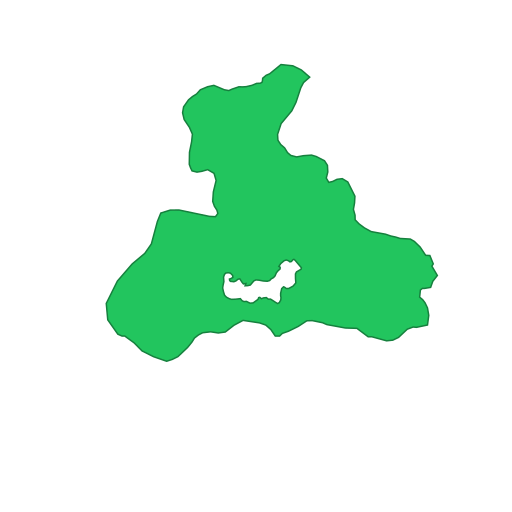 the Governorate of Sana'a, rotated 230°
{"feature_id": "YEM-3496", "entity_name": "Sana'a", "entity_type": "Governorate", "adm_level": 1, "iso_a3": "YEM", "parent_name": "Yemen", "parent_adm1": "", "projection": "natural_earth1", "projection_center": [44.362, 15.407], "detail": "fine", "context": "isolated", "style": "filled", "palette": "green", "viewbox_px": 512, "rotation_deg": 230, "n_neighbors": 0, "source": "natural_earth", "source_scale": "10m", "svg_char_len": 3107}
<svg xmlns="http://www.w3.org/2000/svg" viewBox="0 0 512 512"><g transform="rotate(230 256 256)"><path d="M284.9,99.9L302.4,101.4L315.9,110.8L325.9,133.7L329.5,156.0L329.5,172.5L332.5,183.6L345.8,202.6L350.1,210.7L346.3,219.8L340.7,226.6L316.4,245.7L312.2,250.2L313.1,254.1L316.2,255.5L320.8,256.1L325.6,257.9L332.5,264.5L339.5,274.0L346.3,277.0L353.2,274.5L355.7,268.9L358.2,264.7L362.3,261.7L365.5,262.5L369.1,263.8L378.2,271.7L384.9,280.1L390.2,285.6L397.4,287.7L406.7,288.7L412.9,291.8L416.8,296.4L419.0,304.7L419.0,309.8L418.3,314.6L419.1,320.2L416.8,327.7L413.8,333.4L403.7,338.6L400.2,341.5L399.2,345.0L396.6,351.7L394.1,354.5L392.0,357.4L389.3,362.7L387.8,367.5L385.6,370.3L385.2,372.3L386.2,373.7L387.9,375.4L387.9,380.0L386.8,383.6L386.6,398.2L378.0,406.5L369.4,410.3L358.5,412.1L358.3,403.9L356.1,398.5L348.0,385.4L344.2,376.7L341.3,360.4L335.3,350.7L330.6,347.2L325.5,346.6L320.4,347.4L315.0,346.6L310.7,347.3L305.8,350.8L302.3,356.9L297.6,363.4L293.5,366.1L284.9,369.7L279.5,369.0L274.2,365.0L270.5,359.9L265.6,359.1L263.8,362.7L262.7,367.3L259.8,371.8L253.7,373.9L238.2,370.2L233.3,365.6L229.1,360.6L223.6,358.1L220.0,355.2L214.3,355.6L207.9,357.1L200.7,359.9L189.5,369.2L184.7,372.1L180.7,375.2L176.8,377.7L169.8,385.1L165.3,386.7L157.4,387.5L147.5,386.4L144.6,389.5L136.0,386.7L135.2,384.2L124.5,382.4L123.0,375.2L119.7,369.6L123.0,364.0L124.2,362.7L124.3,360.1L119.3,354.9L115.4,355.6L111.5,355.4L106.0,354.0L99.5,350.2L92.9,343.0L98.2,333.1L100.6,330.7L102.7,324.8L102.0,312.9L103.6,306.7L107.1,301.5L119.7,292.8L122.0,290.0L135.7,286.8L143.4,278.2L157.9,266.2L162.1,264.1L170.3,257.6L173.7,253.3L174.9,243.1L177.5,232.5L179.8,226.4L179.5,222.6L182.3,219.3L190.1,220.1L196.8,219.1L202.5,215.7L215.0,204.7L217.1,194.7L217.5,183.6L221.3,177.6L227.1,172.5L231.5,165.8L232.5,161.3L232.7,156.1L231.2,151.5L229.9,144.7L229.1,131.5L230.6,125.4L232.8,119.9L244.7,112.8L256.5,107.7L267.8,106.8L279.1,104.0L280.8,101.9L284.9,99.9ZM256.1,225.6L259.3,225.4L261.1,223.9L262.4,221.8L262.1,219.9L260.7,217.6L257.0,214.9L254.6,211.8L252.9,209.9L249.5,208.1L246.1,206.7L243.4,206.9L240.5,208.1L238.6,209.3L236.1,212.5L234.3,215.2L233.4,216.6L230.6,216.6L228.8,217.5L227.4,219.5L223.7,221.1L221.9,223.7L221.5,229.7L222.4,231.3L221.9,232.3L219.8,232.7L219.1,234.8L217.5,237.2L215.0,237.7L213.7,239.4L211.6,240.1L207.9,241.2L205.7,242.0L205.3,243.9L206.4,246.7L208.1,248.4L209.7,249.3L211.6,250.9L214.5,254.7L214.7,257.3L213.8,257.8L211.6,258.3L210.1,260.2L209.1,265.0L209.8,269.2L213.4,271.8L216.9,274.7L217.8,276.8L216.9,282.0L217.8,283.2L223.4,283.2L227.5,283.2L229.1,282.9L229.4,281.8L229.0,279.6L229.7,278.2L231.6,277.8L233.5,276.6L234.3,274.5L234.3,270.1L233.3,266.8L231.9,267.3L230.6,266.1L230.5,263.3L230.0,260.7L228.5,257.8L228.2,255.5L228.7,252.9L228.4,250.7L229.4,248.4L232.2,245.5L235.6,242.7L237.7,240.6L238.3,238.4L238.0,236.5L237.4,233.0L238.6,230.6L240.2,228.5L241.4,230.6L242.7,228.4L244.8,228.4L248.9,228.9L249.8,227.3L249.8,224.7L250.5,222.5L251.8,221.3L253.0,220.1L254.2,220.1L255.4,220.8L254.8,222.5L254.5,224.6L256.1,225.6Z" fill="#22c55e" stroke="#15803d" stroke-width="1.5"/></g></svg>